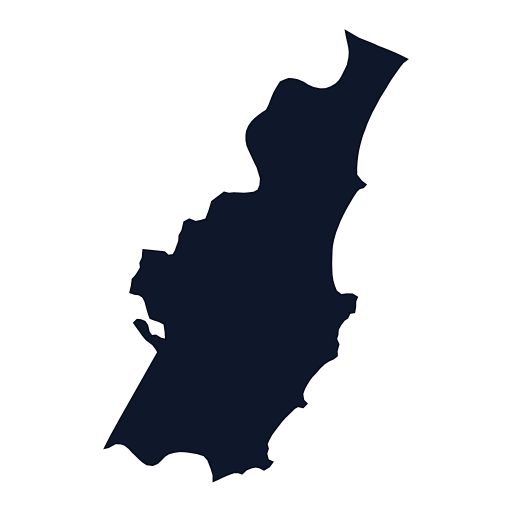 Laguna, Brazil
{"feature_id": "56859067B95150069695364", "entity_name": "Laguna", "entity_type": "district", "adm_level": 2, "iso_a3": "BRA", "parent_name": "Brazil", "parent_adm1": "", "projection": "natural_earth1", "projection_center": [-48.822, -28.47], "detail": "fine", "context": "isolated", "style": "filled", "palette": "ink", "viewbox_px": 512, "rotation_deg": 0, "n_neighbors": 0, "source": "geoboundaries", "source_scale": "gbopen_adm2", "svg_char_len": 2996}
<svg xmlns="http://www.w3.org/2000/svg" viewBox="0 0 512 512"><path d="M133.8,322.8L136.7,327.0L139.9,331.3L142.5,335.1L146.3,339.7L152.7,344.5L155.9,348.6L158.0,352.1L129.8,402.0L119.6,420.0L110.7,436.2L104.6,448.2L108.5,447.3L115.5,443.4L121.2,443.7L125.0,445.1L129.0,448.3L132.6,452.3L135.6,455.1L138.8,458.3L142.6,461.7L146.8,464.5L152.7,465.3L157.6,463.2L161.1,459.8L164.6,456.2L168.6,453.6L174.1,452.1L178.9,451.4L182.6,451.4L186.9,451.7L192.0,452.5L197.3,453.4L204.0,455.5L208.0,460.0L211.2,468.2L213.3,475.1L213.3,481.3L217.8,479.3L221.6,477.4L226.3,475.3L230.7,473.6L234.3,472.4L238.4,472.5L242.0,473.8L246.4,469.7L251.2,467.7L255.8,466.8L259.9,467.7L264.0,469.9L269.3,466.6L272.8,462.0L268.1,459.9L266.5,453.6L268.1,448.7L266.9,444.0L268.9,439.4L271.6,434.5L274.2,430.9L277.2,427.0L281.3,421.7L284.8,417.7L288.4,414.2L291.3,411.4L294.4,408.3L297.9,406.3L303.1,407.5L306.9,403.6L303.5,400.3L302.5,394.0L304.3,388.9L306.5,384.8L309.1,380.5L312.0,376.6L315.5,373.0L319.9,367.9L324.2,363.8L328.6,360.9L333.5,358.7L337.1,355.9L336.9,351.0L338.7,344.3L336.3,339.0L337.7,334.6L338.0,329.6L340.5,325.0L344.1,320.2L347.6,317.9L349.7,313.2L354.5,312.4L355.4,306.9L355.5,301.3L357.3,297.1L352.3,294.2L346.7,294.1L341.1,294.8L336.2,291.0L334.3,286.2L332.6,280.3L331.8,274.8L331.6,270.0L331.4,263.7L331.6,256.5L331.8,250.2L332.2,245.7L333.4,239.6L335.4,232.3L337.5,226.9L339.8,221.0L342.9,214.5L344.9,210.6L347.3,206.3L350.1,201.5L353.1,196.4L356.5,191.3L359.5,188.4L363.3,187.5L366.0,184.6L361.5,181.3L356.5,175.0L356.4,168.0L356.8,161.9L357.4,156.6L358.3,150.8L359.3,146.3L360.6,141.2L362.3,135.4L364.7,129.1L366.5,124.0L368.9,118.5L372.0,111.8L374.1,107.9L376.8,102.9L379.2,98.2L382.1,93.5L385.8,87.6L389.0,82.1L391.8,77.8L394.9,73.4L399.3,67.2L402.9,62.6L407.4,59.2L397.3,54.3L392.3,52.1L382.4,48.1L377.9,46.4L373.8,44.4L358.7,38.4L345.5,30.7L346.3,35.0L347.5,40.6L348.9,46.9L349.5,52.0L349.2,57.3L347.5,65.2L344.6,71.2L341.9,76.6L339.4,80.6L336.0,84.0L330.8,87.1L325.7,88.9L320.2,89.1L313.3,87.7L307.7,85.2L303.2,82.3L297.4,79.9L292.6,79.0L288.8,78.7L284.6,80.2L280.4,82.1L277.1,87.4L274.1,92.7L272.1,97.4L268.9,105.7L266.5,110.3L262.3,113.0L258.1,116.1L254.9,118.8L251.8,121.9L248.8,126.3L246.8,131.1L246.2,135.4L246.2,140.2L247.2,145.5L249.2,150.2L252.2,156.6L255.1,162.9L257.3,167.2L260.7,178.4L260.2,185.0L258.2,190.1L254.0,192.4L249.4,193.0L244.3,193.5L233.8,193.0L228.9,193.5L224.1,192.3L211.9,201.5L209.1,210.9L206.0,219.1L201.2,220.6L195.6,221.7L189.3,219.2L184.1,222.0L182.1,230.6L179.3,235.5L178.9,241.2L177.1,246.1L175.5,250.7L173.2,254.8L168.2,255.5L164.5,252.0L143.1,249.8L142.5,257.7L140.1,263.0L140.7,267.6L137.9,272.4L135.3,276.2L132.4,279.2L131.6,285.9L130.0,292.5L134.7,294.1L139.1,294.6L142.9,297.1L145.1,301.3L147.0,308.3L148.7,314.2L150.2,318.2L154.5,319.9L159.0,321.3L164.2,324.0L165.4,332.2L165.8,339.5L161.0,338.5L155.8,335.3L151.7,335.8L148.9,331.9L147.5,325.5L144.9,321.6L140.7,319.9L137.1,319.6L133.8,322.8Z" fill="#0f172a" stroke="#020617" stroke-width="1.5"/></svg>